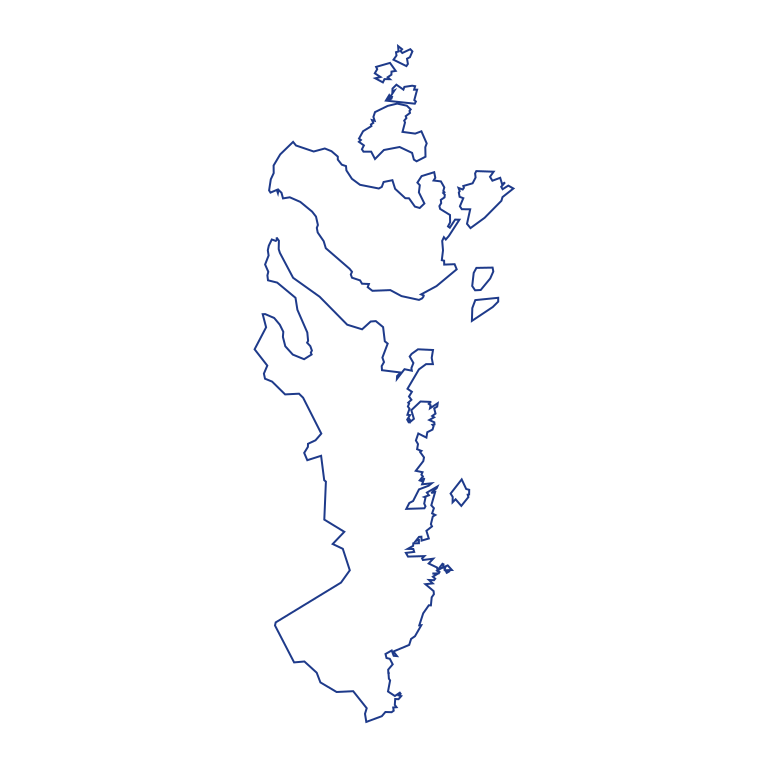 outline of Harstad nor, Troms, Norway
{"feature_id": "86288312B68786515183071", "entity_name": "Harstad nor", "entity_type": "district", "adm_level": 2, "iso_a3": "NOR", "parent_name": "Norway", "parent_adm1": "Troms", "projection": "orthographic", "projection_center": [16.539, 68.812], "detail": "fine", "context": "isolated", "style": "outline", "palette": "blue", "viewbox_px": 768, "rotation_deg": 0, "n_neighbors": 0, "source": "geoboundaries", "source_scale": "gbopen_adm2", "svg_char_len": 6090}
<svg xmlns="http://www.w3.org/2000/svg" viewBox="0 0 768 768"><path d="M366.3,721.9L381.8,716.2L385.4,712.0L391.6,712.2L393.7,710.7L393.2,707.5L396.5,707.2L394.8,704.9L395.2,699.0L398.5,699.2L401.2,696.1L399.0,695.5L400.6,693.8L399.8,692.7L394.9,696.0L388.0,691.5L390.1,680.4L388.9,678.7L388.5,673.3L389.5,672.8L388.3,672.8L388.2,669.6L392.7,664.3L389.8,658.8L386.5,658.0L385.5,654.0L391.7,650.5L393.7,655.8L397.0,656.1L393.4,651.5L409.2,644.9L411.1,638.9L415.0,636.2L421.3,625.2L419.3,625.3L423.2,613.3L428.8,605.3L430.9,605.4L431.7,597.3L433.9,594.2L433.6,591.1L425.4,584.2L432.7,583.4L429.0,580.0L434.0,580.2L435.2,578.7L432.9,576.7L436.9,574.2L432.4,573.5L438.7,573.4L439.5,572.0L437.2,570.7L442.2,567.7L445.2,567.8L444.5,569.9L447.1,572.2L446.0,573.3L448.9,571.6L447.2,570.2L451.9,570.0L447.7,565.4L443.0,567.5L443.5,564.3L442.5,563.8L437.5,570.2L437.0,567.5L428.7,563.5L433.2,558.7L422.9,560.0L422.1,558.4L424.4,556.1L408.0,556.6L405.9,552.9L414.2,551.9L413.3,549.0L407.7,548.9L413.1,545.9L413.3,543.4L418.9,543.2L418.9,540.0L415.7,541.0L419.0,536.9L421.4,536.7L421.6,540.6L428.8,538.5L426.4,530.8L432.0,526.4L430.9,524.2L432.8,516.5L435.3,515.0L432.1,513.4L433.9,508.2L431.3,505.3L435.1,492.1L431.3,493.0L436.7,488.1L437.4,486.5L426.9,492.6L428.9,495.3L424.3,497.0L425.5,497.5L424.2,503.6L425.5,506.3L424.4,508.3L406.3,508.9L409.3,503.0L413.1,501.0L419.0,489.4L428.7,485.7L431.7,483.3L422.1,484.3L424.4,478.1L421.5,481.0L419.7,480.4L422.9,476.4L421.4,474.7L422.5,472.2L415.8,470.8L423.3,461.1L424.0,457.4L420.1,452.0L421.4,450.9L417.1,449.2L418.0,444.1L415.9,440.5L418.3,433.5L426.4,437.6L427.3,432.2L432.5,429.6L433.6,426.1L432.5,424.8L434.5,424.4L434.3,422.3L429.3,420.0L434.1,417.3L432.2,416.0L435.5,413.6L434.2,408.4L437.2,406.6L437.7,403.2L430.0,408.3L430.6,405.3L428.8,403.9L430.4,402.5L430.4,401.9L420.5,401.5L411.3,410.2L413.9,418.8L410.9,421.3L409.5,419.3L409.7,422.4L408.7,422.3L407.2,419.6L410.0,415.1L407.4,414.8L409.5,408.7L407.9,406.5L409.1,403.6L408.2,402.7L411.4,399.8L409.0,396.5L411.9,391.8L407.5,388.8L418.9,369.4L426.1,364.1L432.9,364.1L431.7,357.9L433.0,350.0L418.0,349.3L411.6,353.9L409.7,356.5L413.4,363.0L411.4,368.1L411.8,370.7L404.5,369.2L396.9,379.0L397.1,376.0L400.7,372.5L382.0,370.2L381.7,366.1L384.0,362.1L382.4,357.6L387.7,343.6L384.8,341.3L383.1,327.1L375.8,321.1L370.7,321.5L362.1,329.3L347.2,324.7L319.6,296.7L293.1,277.8L279.9,252.9L278.7,249.1L278.9,240.7L276.5,237.5L277.0,239.6L275.8,240.9L271.8,239.5L268.8,245.7L267.8,250.3L268.6,255.5L265.1,264.5L268.3,271.8L267.4,275.4L268.0,280.3L277.2,282.6L295.5,297.8L297.4,309.8L307.3,332.5L308.1,340.9L307.1,342.7L310.3,346.1L311.9,350.6L310.8,352.7L311.6,354.5L304.1,359.2L292.8,354.6L285.3,346.3L282.9,336.9L283.3,331.8L279.8,324.7L274.2,318.0L265.2,314.1L262.7,314.2L266.1,327.3L254.6,349.3L267.3,365.6L263.9,373.6L265.0,378.7L272.1,381.6L285.1,394.4L299.0,393.7L303.1,397.7L321.3,433.6L315.5,440.3L308.0,443.8L307.9,446.9L304.2,452.9L307.3,460.2L321.1,455.8L324.2,480.2L325.9,481.6L324.3,519.6L344.3,531.8L332.7,544.0L342.8,548.8L349.8,570.3L341.0,582.6L275.7,622.4L275.0,625.5L294.1,662.4L304.4,661.5L316.7,672.7L320.4,682.4L336.6,692.0L353.2,691.2L366.7,708.2L365.0,713.8L366.3,721.9ZM313.7,151.5L296.0,145.5L293.1,141.9L280.2,154.4L273.6,165.5L273.7,173.1L270.8,179.3L269.1,190.4L270.5,192.6L276.8,189.9L277.9,193.1L278.5,189.9L281.5,192.8L283.0,198.4L289.8,197.3L300.3,201.9L312.1,211.6L316.0,216.6L317.9,225.0L316.8,227.9L317.7,232.5L323.7,241.2L325.8,248.2L349.6,268.8L352.0,271.8L350.8,274.5L352.0,277.7L360.1,280.4L362.0,283.7L368.9,284.0L367.7,287.2L372.4,290.8L390.3,290.1L401.5,296.1L419.0,299.9L422.1,298.4L423.4,296.7L423.7,295.5L421.1,294.4L436.5,286.1L456.7,269.3L454.6,264.2L444.2,264.6L444.1,260.7L441.8,260.2L443.0,250.4L442.2,240.9L443.9,237.2L445.8,239.5L448.9,235.9L459.4,219.7L455.1,219.6L449.8,227.7L448.0,226.4L450.1,222.4L450.0,215.0L440.1,208.9L439.4,206.1L441.2,203.1L440.8,199.9L444.5,197.4L444.8,194.7L443.2,193.0L444.4,192.2L443.3,191.0L444.3,187.4L440.9,181.4L433.6,180.5L435.3,177.8L434.2,172.2L421.6,176.1L417.4,182.6L419.8,185.2L418.9,192.4L424.4,203.5L419.7,208.0L414.9,206.6L409.0,198.3L405.3,198.2L395.1,188.8L392.4,180.2L383.6,182.0L381.8,186.9L378.8,188.5L360.0,184.8L351.9,178.8L346.4,170.4L346.0,166.1L341.8,164.7L337.8,159.6L337.8,156.6L331.5,151.2L324.8,148.5L313.7,151.5ZM406.8,105.7L397.2,103.6L387.7,105.9L375.0,112.1L373.4,116.9L374.7,120.8L372.0,120.1L373.3,122.9L370.9,124.5L371.4,126.1L363.1,131.2L359.0,138.6L360.9,140.0L358.9,141.8L363.9,145.4L361.9,149.3L363.5,151.7L371.2,151.7L375.0,159.0L383.9,150.0L399.6,147.0L412.1,152.9L413.9,159.6L416.6,161.3L425.5,156.7L425.3,147.2L426.7,143.4L421.4,131.3L415.2,133.6L402.5,131.9L405.0,122.5L404.2,120.6L406.4,118.1L405.7,116.2L410.0,112.9L409.5,110.9L410.7,109.4L406.8,105.7ZM493.6,171.7L476.3,171.1L475.1,173.4L475.6,177.5L472.6,183.3L463.3,186.0L463.9,187.8L462.7,189.5L458.5,187.9L459.7,191.2L458.8,192.5L459.6,196.8L463.3,198.2L459.9,206.3L461.8,209.2L470.2,209.3L467.0,223.8L470.5,228.1L484.6,217.8L501.4,200.8L502.5,197.1L513.4,188.5L508.3,185.6L502.6,189.2L501.2,186.8L505.0,182.4L502.1,184.2L500.2,177.8L492.4,180.7L490.0,176.8L493.6,171.7ZM396.4,84.7L392.5,88.6L392.4,91.5L394.4,90.5L390.4,96.6L392.0,96.9L391.4,98.7L388.6,99.7L390.0,96.7L389.2,95.2L385.9,100.6L414.8,103.7L415.9,101.5L414.3,100.1L417.1,89.7L414.1,89.7L415.1,86.2L412.2,85.7L404.4,86.9L403.4,89.6L396.4,84.7ZM492.6,267.6L476.4,267.9L473.7,272.9L472.2,286.0L475.1,290.3L480.7,290.0L490.2,278.5L493.3,271.5L492.6,267.6ZM498.2,297.8L475.3,300.1L472.3,308.1L471.9,320.9L492.8,307.0L498.2,301.6L498.2,297.8ZM466.2,489.0L461.7,479.4L450.6,493.6L452.7,496.9L452.6,502.3L455.6,499.3L461.3,505.9L468.4,497.1L467.7,494.7L469.1,494.5L469.2,489.8L466.2,489.0ZM390.0,62.9L376.1,66.9L377.2,69.2L374.8,73.3L380.5,77.0L375.3,78.3L382.9,82.4L384.5,79.1L389.9,79.2L387.7,77.2L391.4,74.7L391.5,71.6L395.7,70.9L390.0,62.9ZM402.1,49.2L398.1,46.1L398.5,51.5L396.0,52.2L396.5,55.5L393.5,59.7L406.4,66.1L407.9,63.9L407.0,58.7L409.9,57.2L412.4,51.4L410.3,49.2L402.3,53.0L400.5,51.0L402.1,49.2Z" fill="none" stroke="#1e3a8a" stroke-width="2"/></svg>